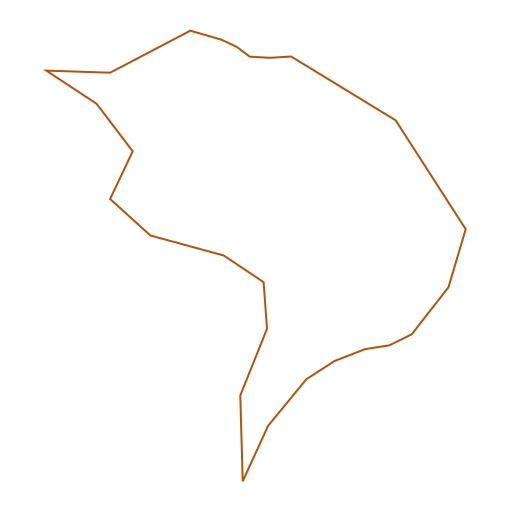 outline of Kween
{"feature_id": "UGA-5612", "entity_name": "Kween", "entity_type": "District", "adm_level": 1, "iso_a3": "UGA", "parent_name": "Uganda", "parent_adm1": "", "projection": "mercator", "projection_center": [34.563, 1.396], "detail": "fine", "context": "isolated", "style": "outline", "palette": "amber", "viewbox_px": 512, "rotation_deg": 0, "n_neighbors": 0, "source": "natural_earth", "source_scale": "10m", "svg_char_len": 451}
<svg xmlns="http://www.w3.org/2000/svg" viewBox="0 0 512 512"><path d="M190.3,30.7L221.2,39.6L236.9,47.0L249.8,56.7L270.3,57.8L291.1,56.5L345.0,89.4L395.6,120.3L465.7,229.2L448.5,287.2L411.7,334.3L389.4,345.3L365.1,349.1L334.5,361.0L306.4,379.2L268.1,425.8L242.7,481.3L240.3,395.4L267.0,328.8L263.6,282.2L223.7,255.5L150.4,235.5L110.1,199.0L132.7,151.3L96.6,103.8L46.3,70.6L110.1,72.7L190.3,30.7Z" fill="none" stroke="#b45309" stroke-width="2"/></svg>